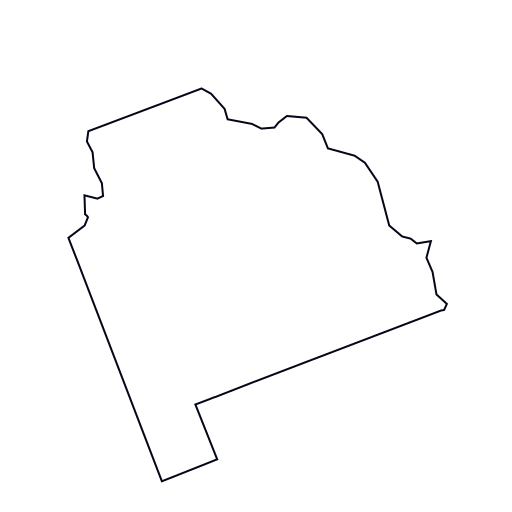 Sauk, Wisconsin, United States of America (Mercator projection), rotated 249°
{"feature_id": "52423323B28782339926700", "entity_name": "Sauk", "entity_type": "district", "adm_level": 2, "iso_a3": "USA", "parent_name": "United States of America", "parent_adm1": "Wisconsin", "projection": "mercator", "projection_center": [-89.906, 43.394], "detail": "fine", "context": "isolated", "style": "outline", "palette": "ink", "viewbox_px": 512, "rotation_deg": 249, "n_neighbors": 0, "source": "geoboundaries", "source_scale": "gbopen_adm2", "svg_char_len": 781}
<svg xmlns="http://www.w3.org/2000/svg" viewBox="0 0 512 512"><g transform="rotate(249 256 256)"><path d="M79.4,87.4L80.1,146.9L139.1,146.2L139.0,161.4L139.1,165.2L138.9,168.0L139.0,176.2L139.2,206.1L139.1,265.6L138.8,409.0L138.2,412.3L142.9,417.0L155.4,410.7L177.8,415.1L193.3,414.5L207.2,424.6L210.1,410.6L216.8,406.6L221.8,399.5L236.7,391.3L281.7,396.2L304.0,391.1L314.3,384.0L330.7,361.7L346.0,361.5L367.0,352.7L375.6,335.0L372.6,324.9L369.3,319.3L373.0,306.7L380.8,299.5L393.8,278.5L404.6,279.4L423.6,272.2L431.9,265.2L432.6,144.2L423.5,139.2L411.4,140.6L396.0,136.4L379.2,138.2L366.8,134.7L366.4,128.5L374.1,117.6L356.2,111.4L353.8,112.7L352.4,113.0L345.9,107.0L340.2,87.4L338.2,87.4L333.4,87.4L314.4,87.5L79.4,87.4Z" fill="none" stroke="#020617" stroke-width="2"/></g></svg>